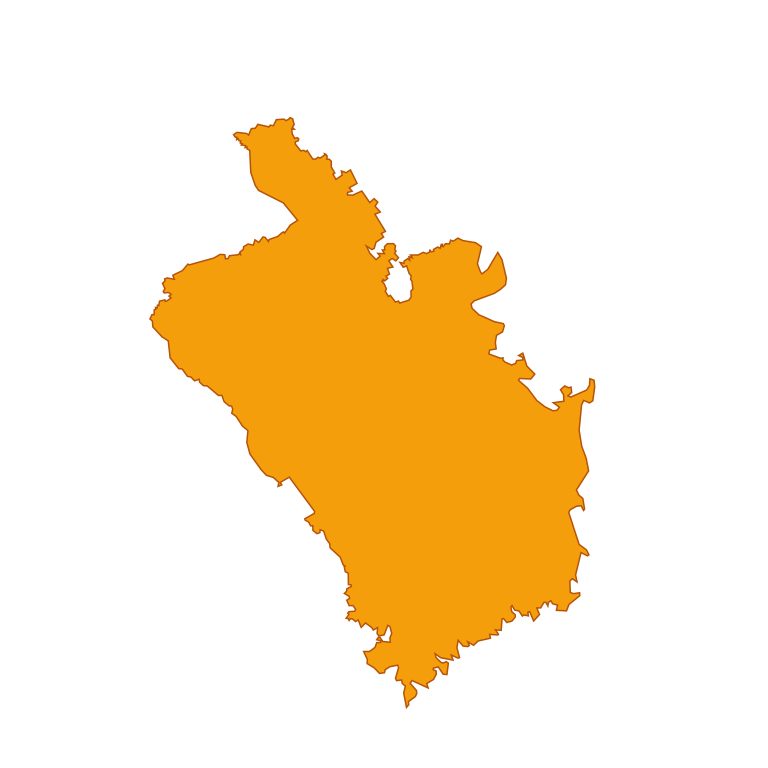 Habiganj, Sylhet, Bangladesh, rotated 145°
{"feature_id": "16705992B7772300815487", "entity_name": "Habiganj", "entity_type": "district", "adm_level": 2, "iso_a3": "BGD", "parent_name": "Bangladesh", "parent_adm1": "Sylhet", "projection": "natural_earth1", "projection_center": [91.398, 24.335], "detail": "fine", "context": "isolated", "style": "filled", "palette": "amber", "viewbox_px": 768, "rotation_deg": 145, "n_neighbors": 0, "source": "geoboundaries", "source_scale": "gbopen_adm2", "svg_char_len": 6167}
<svg xmlns="http://www.w3.org/2000/svg" viewBox="0 0 768 768"><g transform="rotate(145 384 384)"><path d="M310.5,655.5L313.3,656.1L314.1,658.4L320.6,662.3L326.4,659.0L328.7,661.3L330.8,660.6L338.4,669.1L342.6,667.3L346.2,669.3L352.1,665.6L352.9,668.1L360.2,674.5L364.2,674.5L364.3,671.5L363.0,670.6L364.6,668.7L362.7,668.6L363.2,666.3L361.9,665.3L363.5,663.8L362.3,662.1L363.8,661.7L360.6,658.6L362.2,657.3L360.3,656.5L361.3,655.1L360.0,652.4L371.8,633.7L375.6,620.4L375.7,614.5L362.6,590.1L360.9,567.6L369.4,568.0L379.0,564.6L378.9,566.1L380.6,566.5L386.5,565.8L395.3,568.3L396.9,567.0L397.3,572.4L398.8,573.9L405.3,571.8L407.0,576.1L411.4,572.7L415.0,576.6L420.2,577.0L422.1,574.9L426.1,574.8L427.3,572.4L427.6,574.0L429.1,573.4L436.9,577.7L439.8,576.2L442.0,577.5L440.3,581.2L443.8,584.1L451.2,584.8L475.2,593.3L475.9,594.7L484.1,592.5L494.6,594.2L495.6,590.0L500.9,595.3L503.4,595.9L504.3,594.1L507.7,593.5L508.7,587.8L511.8,586.4L511.8,584.6L508.1,582.6L506.9,579.5L509.7,579.3L509.1,576.7L514.6,576.6L515.9,577.2L515.2,578.6L520.4,580.6L523.4,577.5L524.3,578.5L526.2,576.5L527.3,577.7L528.1,576.1L529.6,576.6L532.5,572.7L534.3,573.9L538.4,571.5L537.6,568.5L540.6,563.3L538.8,550.0L536.0,543.1L544.2,528.1L543.3,514.2L540.7,512.1L540.6,503.0L538.1,500.3L537.4,495.3L532.7,493.9L534.0,491.1L532.9,486.3L529.9,483.7L526.2,469.6L523.3,467.6L525.1,461.3L523.4,454.9L521.5,453.4L522.4,450.1L525.5,447.4L523.7,442.1L524.1,430.7L522.2,423.9L529.9,414.8L534.0,403.5L533.8,384.3L532.7,376.6L528.3,371.0L526.6,363.7L529.5,360.9L525.6,360.0L525.3,362.9L515.0,362.0L513.9,319.4L515.3,318.0L526.2,319.0L526.7,317.8L524.9,314.1L525.5,309.9L523.6,308.7L526.2,304.9L524.8,299.9L521.8,299.0L519.8,301.3L517.8,298.1L520.2,290.0L520.1,284.4L522.1,280.6L519.2,267.3L521.1,259.4L521.1,257.6L519.6,257.4L521.5,256.9L523.4,252.4L521.8,249.6L528.2,240.1L526.2,238.4L526.7,237.0L532.0,237.5L533.6,235.6L536.6,235.2L534.3,229.9L535.3,228.1L538.5,228.3L539.7,222.4L536.5,220.3L536.5,215.6L538.3,214.6L543.4,217.7L545.2,217.0L544.8,215.4L549.4,213.8L547.8,212.2L548.2,210.3L545.9,211.0L544.5,209.5L543.6,205.7L540.5,205.5L542.3,197.7L536.2,198.8L533.7,191.5L533.9,188.6L529.0,188.1L532.8,183.5L532.7,180.6L527.8,178.4L519.3,184.1L518.3,181.8L520.7,175.3L524.9,172.5L527.0,168.9L532.7,173.8L532.6,178.6L534.0,179.7L536.7,178.7L533.7,175.3L535.0,174.2L538.3,176.3L542.4,173.4L549.2,173.2L554.1,176.5L555.6,168.0L558.2,164.7L554.8,157.0L553.7,149.5L549.2,147.2L547.0,149.2L541.5,149.1L534.0,145.8L534.8,143.3L543.4,136.3L543.9,133.8L539.4,131.5L540.8,128.2L539.8,124.3L545.1,119.6L551.1,106.2L547.7,107.1L546.2,109.8L537.5,110.0L534.7,111.7L533.2,114.2L534.2,123.8L531.1,125.0L522.2,109.7L520.8,114.1L512.9,113.6L507.6,116.3L505.9,119.0L507.5,121.7L506.6,122.9L501.8,121.1L502.0,112.4L499.1,109.9L491.4,118.4L492.3,120.9L495.7,121.5L497.1,123.5L498.3,130.2L496.8,133.8L494.6,127.3L485.8,118.2L484.4,123.4L480.6,117.0L479.1,116.5L475.5,126.2L470.3,131.5L469.5,123.9L465.9,120.8L464.1,120.9L463.3,124.7L460.5,118.6L454.3,119.5L442.6,114.7L441.1,118.3L434.7,113.1L433.8,113.3L433.7,118.7L429.3,115.0L421.9,124.0L420.6,123.2L420.2,118.2L415.2,116.4L410.1,117.8L408.9,119.7L409.9,124.4L408.0,128.4L406.2,129.1L406.6,123.8L403.6,120.6L403.8,114.6L401.9,114.6L398.7,111.2L397.2,114.4L395.2,114.0L397.4,104.0L388.8,106.0L387.3,112.9L384.1,110.7L378.2,113.4L376.6,112.2L377.1,108.2L374.7,110.7L371.7,110.8L371.9,107.2L368.7,103.3L372.6,99.7L364.6,93.5L358.9,97.3L345.0,98.3L343.5,100.8L349.0,103.6L351.0,106.3L344.8,116.0L341.4,116.5L339.4,111.1L336.6,117.7L319.3,132.9L315.9,126.5L314.1,126.5L313.3,132.0L316.2,140.7L306.4,172.7L303.9,174.2L296.6,173.5L292.3,171.2L293.1,166.0L291.5,166.4L286.8,176.2L288.1,181.3L287.2,186.8L266.2,195.5L261.0,207.2L257.7,219.7L250.6,234.3L234.2,253.5L229.8,256.0L226.5,250.6L222.6,250.5L213.1,260.7L209.8,266.6L212.3,270.2L216.5,265.0L221.4,262.8L238.6,266.2L240.1,268.8L235.1,269.4L232.6,274.2L234.9,275.0L237.1,278.8L242.7,278.1L243.1,272.0L246.6,266.7L256.1,271.6L253.6,264.4L257.4,263.2L261.0,265.2L265.2,272.9L268.3,282.8L268.8,298.3L271.7,309.8L269.8,310.8L260.9,303.9L254.8,305.6L256.7,316.8L252.6,329.7L257.4,330.1L255.1,326.1L256.5,324.1L261.9,327.1L264.3,325.4L268.6,326.4L272.4,332.7L272.8,335.7L271.5,337.0L273.9,338.4L280.9,348.5L278.0,351.2L272.0,348.4L268.8,354.4L263.9,359.3L257.0,358.7L251.9,362.8L251.7,365.1L257.8,371.7L266.6,386.3L268.4,395.5L266.8,399.6L262.3,400.4L241.8,395.0L234.5,394.7L227.5,395.6L223.0,400.5L216.0,418.3L215.3,426.5L233.2,418.4L240.5,418.0L240.8,420.0L238.6,428.8L225.4,440.6L228.0,447.3L237.1,456.2L239.8,461.1L245.3,461.3L246.9,463.6L250.0,461.3L253.2,463.7L256.8,462.5L257.4,463.5L256.0,464.9L257.0,465.5L260.2,463.0L261.5,465.4L266.3,465.8L267.1,464.1L269.7,465.5L269.5,467.9L270.7,465.9L274.4,466.5L276.3,469.3L282.0,470.1L288.4,474.5L288.5,471.2L290.6,473.9L291.9,470.7L292.6,473.1L297.1,473.1L298.4,471.5L301.2,474.4L301.3,468.6L297.7,467.7L300.0,460.3L299.7,457.0L302.2,454.4L302.2,452.1L305.9,445.2L308.5,444.8L312.0,439.6L315.6,438.4L324.8,441.3L324.5,443.6L327.6,444.5L328.0,453.0L330.1,453.2L329.8,459.1L327.5,460.6L326.4,465.8L326.8,469.4L325.3,469.6L324.7,467.8L324.6,469.3L324.0,468.1L320.4,468.4L320.5,471.2L316.5,470.8L314.8,476.8L309.6,474.7L309.4,482.2L305.3,482.1L303.7,478.1L299.7,479.1L300.3,485.0L297.9,486.0L298.2,487.7L295.3,490.6L295.8,493.6L300.8,497.0L304.7,496.3L306.5,493.4L308.5,494.7L308.9,490.5L314.1,494.5L313.8,491.0L319.2,490.4L320.6,499.0L319.3,507.1L316.8,501.0L314.2,500.7L309.3,504.7L300.0,504.6L299.9,508.8L295.3,508.2L294.0,528.3L288.4,527.0L289.3,534.8L284.8,536.5L285.8,541.5L291.6,540.8L291.5,554.8L301.3,556.6L305.5,559.8L304.0,561.8L299.5,560.2L299.9,564.7L291.0,563.8L288.7,578.6L293.8,578.8L296.7,582.9L298.5,579.1L306.0,579.2L305.5,585.1L303.3,585.0L302.7,592.0L299.4,596.7L299.9,599.4L301.9,601.1L299.9,603.2L299.9,605.6L300.7,606.8L301.1,605.6L307.0,605.7L307.9,607.6L311.1,607.4L313.3,609.2L313.0,619.4L314.8,619.1L315.7,621.4L318.5,622.7L319.0,631.5L317.6,633.2L314.7,632.4L313.3,633.6L313.7,635.5L316.3,636.4L315.7,641.5L313.4,645.8L311.4,644.2L311.8,646.9L308.8,648.0L306.7,653.6L308.2,656.1L310.5,655.5Z" fill="#f59e0b" stroke="#b45309" stroke-width="1.5"/></g></svg>